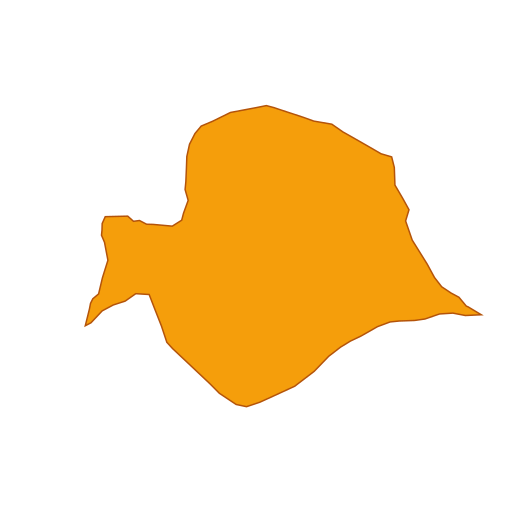 Isin, Kwara, Nigeria (Robinson projection), rotated 157°
{"feature_id": "59680162B97277051818349", "entity_name": "Isin", "entity_type": "district", "adm_level": 2, "iso_a3": "NGA", "parent_name": "Nigeria", "parent_adm1": "Kwara", "projection": "robinson", "projection_center": [5.07, 8.257], "detail": "fine", "context": "isolated", "style": "filled", "palette": "amber", "viewbox_px": 512, "rotation_deg": 157, "n_neighbors": 0, "source": "geoboundaries", "source_scale": "gbopen_adm2", "svg_char_len": 1310}
<svg xmlns="http://www.w3.org/2000/svg" viewBox="0 0 512 512"><g transform="rotate(157 256 256)"><path d="M71.6,113.9L80.7,126.4L82.0,127.7L85.3,138.7L91.0,145.8L97.1,155.1L100.1,166.4L101.6,181.8L106.0,209.6L104.6,229.8L97.1,238.8L98.4,251.6L100.4,267.0L94.1,283.4L92.4,294.2L101.0,301.3L110.6,314.1L126.0,334.3L127.5,336.2L134.7,347.7L150.1,357.6L158.3,365.2L177.6,382.1L181.4,385.5L187.7,390.4L198.3,392.6L223.4,398.1L225.4,398.0L243.1,397.0L255.7,397.0L264.3,392.6L273.5,384.9L280.8,374.6L285.8,363.9L291.5,351.9L295.3,344.9L296.7,333.7L306.0,323.7L310.4,318.0L321.4,316.2L338.4,325.3L344.3,328.0L349.4,334.2L355.2,335.8L358.5,342.8L379.4,351.1L384.9,346.0L387.7,339.9L390.1,335.5L390.1,327.8L394.0,309.9L398.0,305.2L405.9,295.9L415.7,282.6L422.9,280.4L426.8,277.1L430.1,272.2L440.4,258.5L434.0,259.0L419.0,265.6L406.5,266.7L394.0,265.6L381.4,268.3L369.4,262.3L369.9,247.0L370.4,228.4L371.8,211.4L368.9,203.2L360.7,184.6L355.0,171.6L348.2,156.1L345.4,149.1L343.4,144.0L336.9,134.1L332.3,127.1L323.6,121.0L309.6,119.9L287.5,120.5L271.1,121.0L267.8,121.9L247.5,127.1L228.2,135.3L213.7,139.1L202.2,140.8L190.6,141.3L175.2,143.1L171.8,143.5L158.3,142.9L149.6,140.2L135.2,134.7L125.1,132.0L112.0,131.1L109.6,130.9L97.1,126.5L86.5,119.4L71.6,113.9Z" fill="#f59e0b" stroke="#b45309" stroke-width="1.5"/></g></svg>